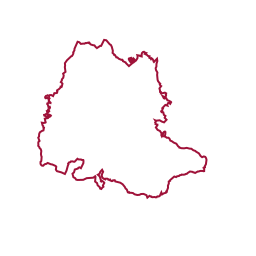 Feldru, Bistrita-Nasaud, Romania (Robinson projection), rotated 119°
{"feature_id": "2599482B57899759192665", "entity_name": "Feldru", "entity_type": "district", "adm_level": 2, "iso_a3": "ROU", "parent_name": "Romania", "parent_adm1": "Bistrita-Nasaud", "projection": "robinson", "projection_center": [24.581, 47.301], "detail": "fine", "context": "isolated", "style": "outline", "palette": "rose", "viewbox_px": 256, "rotation_deg": 119, "n_neighbors": 0, "source": "geoboundaries", "source_scale": "gbopen_adm2", "svg_char_len": 5898}
<svg xmlns="http://www.w3.org/2000/svg" viewBox="0 0 256 256"><g transform="rotate(119 128 128)"><path d="M180.0,201.8L182.2,199.1L182.5,199.1L183.1,199.6L184.5,199.3L186.0,198.3L187.1,197.9L187.7,196.3L188.4,195.6L188.8,194.1L190.1,192.7L193.0,191.5L194.5,190.3L195.0,189.6L198.5,188.0L199.3,187.8L199.9,188.1L201.2,187.5L202.2,186.6L202.5,185.7L202.6,184.8L202.0,183.8L201.1,183.7L199.7,183.0L199.0,182.1L197.5,181.3L197.1,177.8L196.6,176.6L196.3,172.9L196.6,172.0L199.4,170.9L200.2,169.2L199.1,164.8L198.8,160.9L195.2,161.1L189.9,162.4L188.5,162.5L188.2,163.1L186.7,162.9L185.9,161.9L185.0,161.8L184.1,160.4L183.7,158.7L183.2,158.3L179.4,157.3L179.5,156.1L178.3,153.8L178.4,153.2L177.7,151.6L178.3,151.0L180.4,150.0L186.0,149.7L185.9,151.3L186.8,152.1L187.8,152.2L190.1,154.4L193.0,153.7L194.9,154.4L197.5,151.9L197.5,149.8L198.3,148.4L198.0,147.1L195.0,142.0L191.9,139.8L188.3,134.3L186.1,133.3L186.4,132.8L190.8,130.8L191.2,128.3L192.8,126.8L193.5,123.9L194.5,123.0L194.3,121.8L192.7,121.6L191.3,121.0L190.4,122.1L187.5,122.1L187.0,123.2L186.8,125.1L187.8,125.4L187.7,125.9L187.3,125.9L184.5,128.8L184.0,129.5L183.5,131.7L181.8,130.7L179.7,131.0L177.1,130.4L178.4,128.5L180.3,128.5L182.4,127.9L183.8,126.4L184.2,124.5L184.0,123.1L183.4,123.3L182.4,121.6L182.3,118.9L181.8,118.6L182.1,118.1L182.5,118.5L182.3,116.4L181.8,115.8L181.1,115.8L180.1,114.3L180.9,113.2L179.6,108.3L179.8,105.4L181.1,102.2L182.1,100.8L182.4,99.2L184.3,97.0L183.6,95.9L184.1,95.4L183.3,94.2L182.5,92.2L182.8,90.1L182.1,87.4L180.9,85.6L179.4,84.6L178.1,82.4L177.8,79.3L179.5,77.3L176.9,76.3L176.9,74.7L176.6,74.3L176.9,73.9L176.7,73.1L175.4,71.2L175.3,70.3L174.7,69.4L174.2,69.5L173.3,68.8L173.0,67.9L172.0,67.3L168.2,67.6L169.6,66.0L167.9,65.1L166.2,63.4L165.1,63.1L164.8,63.8L164.2,63.5L160.9,64.0L159.1,65.1L156.7,65.4L155.1,66.4L154.0,65.7L153.8,66.0L152.9,65.8L148.0,64.0L147.6,62.1L146.5,61.7L145.2,60.1L144.3,59.9L143.3,58.7L142.7,58.5L142.2,57.2L141.1,55.7L140.2,55.2L139.8,54.6L139.3,54.2L138.6,54.1L136.0,52.7L135.0,50.1L135.2,49.4L134.8,48.4L134.8,47.5L132.2,45.9L131.8,45.1L130.5,44.0L129.4,42.0L129.2,41.0L128.8,40.5L126.3,41.8L126.2,42.4L125.5,42.0L125.0,42.2L124.8,41.8L124.0,42.3L121.9,42.3L117.8,43.9L116.6,45.0L115.8,46.4L116.1,47.9L117.6,49.0L117.3,50.9L115.8,53.7L115.7,57.1L115.4,58.0L115.8,60.2L115.4,62.5L116.2,64.2L116.9,67.0L118.6,69.1L119.8,71.6L120.2,73.5L119.9,73.6L119.7,75.3L118.3,78.1L118.6,81.1L118.3,83.0L118.5,84.9L117.2,86.6L116.9,87.9L117.7,89.4L117.5,91.2L117.8,92.3L116.9,92.0L115.3,92.4L113.4,93.3L113.2,94.0L113.9,94.6L115.2,94.9L117.0,94.2L118.9,94.3L118.2,95.3L116.3,96.2L115.1,98.7L115.3,101.2L114.0,103.9L111.2,103.6L110.8,103.9L111.2,104.7L110.9,105.6L111.1,105.9L110.3,106.3L110.0,106.9L108.7,106.8L108.1,107.9L108.0,107.0L105.9,104.0L106.0,101.6L105.6,99.2L102.1,98.3L101.3,100.9L99.3,101.1L99.1,103.0L97.2,104.7L97.2,105.8L97.8,106.0L97.8,106.4L97.3,107.1L96.4,106.6L95.8,106.6L95.3,106.9L94.0,106.9L93.9,107.6L89.7,106.5L89.3,104.4L88.8,105.0L86.7,105.0L86.1,104.1L86.4,102.8L84.5,102.8L84.3,103.3L84.4,106.0L84.7,106.9L83.4,109.0L83.4,109.7L84.5,110.2L84.6,111.1L83.3,113.1L83.0,110.7L82.4,110.2L80.7,110.6L80.4,111.2L79.2,111.4L79.2,112.9L81.5,115.4L81.7,115.9L81.0,116.0L80.6,116.5L80.9,117.5L79.8,118.1L78.1,119.7L75.3,119.3L75.2,120.3L74.3,121.5L73.7,121.3L72.6,124.2L71.6,125.4L67.4,128.3L65.2,129.2L63.9,131.4L62.6,132.6L61.9,132.9L60.6,132.9L58.1,134.2L55.2,134.8L53.4,136.2L57.7,137.3L57.5,137.8L56.7,137.8L56.5,138.8L55.7,140.1L55.6,141.4L56.5,141.4L56.2,141.9L56.2,143.5L54.8,143.9L55.3,145.5L54.9,146.7L55.0,149.1L53.6,148.5L53.8,150.2L53.6,151.0L54.4,151.8L55.8,152.1L57.1,151.7L58.8,150.7L59.2,152.2L58.9,152.5L59.8,155.1L60.4,154.5L62.3,153.6L65.1,153.7L65.9,154.1L64.8,155.9L64.6,156.7L65.5,156.4L66.0,155.5L66.1,154.2L67.3,154.7L66.2,156.6L66.5,156.8L67.5,156.1L67.6,154.9L67.9,154.9L68.9,155.5L68.8,156.1L67.7,157.4L66.0,157.1L65.4,157.9L65.7,158.2L66.7,157.9L67.3,158.1L67.0,158.7L65.5,158.7L65.1,159.3L66.8,160.9L67.3,160.8L68.2,159.7L69.1,157.8L69.6,155.8L73.4,157.2L72.2,161.4L71.8,161.8L72.0,164.8L71.3,165.4L71.1,166.3L71.6,166.8L71.9,169.6L71.4,171.6L71.9,172.4L70.5,174.8L70.8,175.6L70.2,176.2L69.8,177.9L67.8,178.7L64.7,181.7L63.6,183.4L63.7,184.4L61.8,189.5L62.5,191.6L69.2,191.3L69.6,192.1L73.1,193.9L72.9,194.3L73.0,195.2L72.0,197.4L72.6,199.0L73.0,201.2L72.7,202.2L72.0,203.3L72.3,203.8L72.8,203.8L72.9,204.5L74.2,205.9L74.3,206.4L75.4,207.0L75.9,208.1L77.3,210.0L76.6,212.2L77.0,213.9L84.7,213.2L86.1,212.5L88.3,212.6L88.4,212.3L89.5,211.9L90.9,211.8L92.2,211.9L92.7,212.4L98.3,214.2L101.9,214.6L104.0,213.2L105.3,212.8L109.2,209.9L111.9,211.1L113.2,209.7L115.4,209.0L117.5,209.4L118.5,208.9L120.4,209.0L120.5,208.1L121.0,206.8L123.9,206.0L124.3,206.0L124.5,207.0L125.6,206.7L127.6,207.3L129.4,208.3L130.1,208.1L130.3,207.5L131.6,207.1L132.6,208.1L133.2,209.3L136.4,209.0L136.4,211.2L137.4,212.6L138.4,212.4L138.5,214.3L139.1,214.4L139.7,215.3L141.1,215.5L141.7,215.1L141.9,214.4L140.7,213.0L140.6,212.2L140.9,212.0L140.9,211.6L140.0,211.6L140.0,211.4L140.1,211.0L141.4,211.1L141.4,210.9L142.3,210.5L143.1,209.2L143.4,209.0L143.5,208.8L143.2,208.8L143.4,208.0L143.7,207.9L143.8,208.6L143.7,209.9L144.4,209.5L145.6,210.5L146.2,210.3L146.5,209.4L148.3,207.7L148.2,207.3L147.6,207.2L147.3,206.8L147.8,206.2L148.9,206.0L149.5,206.4L150.2,206.3L150.5,206.8L151.1,206.5L151.7,206.8L151.6,206.3L151.3,206.1L151.2,205.4L151.5,205.0L153.0,205.5L153.4,206.3L154.5,205.2L155.0,206.1L156.1,206.8L156.6,206.9L157.2,207.7L157.7,207.3L157.6,206.2L157.8,205.0L157.4,204.9L157.5,204.1L156.2,203.7L155.8,203.8L155.3,204.5L154.9,204.3L154.5,203.2L154.4,201.8L154.6,201.4L156.2,201.9L156.9,202.6L158.1,202.8L160.2,205.3L162.4,203.4L162.8,202.8L163.3,202.8L164.5,204.2L165.1,205.9L167.2,203.9L167.4,203.1L168.8,202.1L168.6,201.6L171.1,200.8L172.2,201.8L174.5,203.0L176.3,202.8L178.6,201.7L180.0,201.8Z" fill="none" stroke="#9f1239" stroke-width="2"/></g></svg>